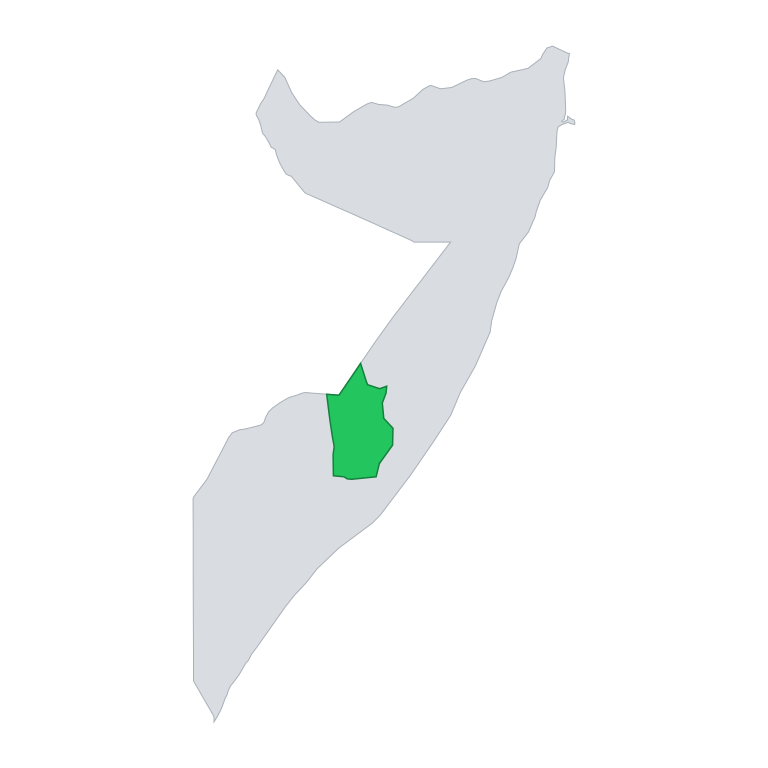 Hiiraan on a map of Somalia (Equal Earth projection)
{"feature_id": "SOM-2409", "entity_name": "Hiiraan", "entity_type": "Region", "adm_level": 1, "iso_a3": "SOM", "parent_name": "Somalia", "parent_adm1": "", "projection": "equal_earth", "projection_center": [45.352, 4.37], "detail": "fine", "context": "in_parent", "style": "filled", "palette": "green", "viewbox_px": 768, "rotation_deg": 0, "n_neighbors": 0, "source": "natural_earth", "source_scale": "10m", "svg_char_len": 2956}
<svg xmlns="http://www.w3.org/2000/svg" viewBox="0 0 768 768"><path d="M214.1,717.8L213.6,715.8L210.1,709.7L203.5,698.4L198.6,689.8L193.5,681.0L193.5,674.0L193.5,653.1L193.3,611.3L193.2,569.6L193.2,527.8L193.1,506.9L193.1,498.4L193.6,497.0L199.4,489.3L207.0,479.2L217.0,460.0L222.5,449.5L227.0,440.8L228.2,438.1L232.2,432.8L239.7,429.7L244.3,429.2L260.4,425.2L262.8,423.6L264.2,421.8L265.5,417.6L268.6,411.8L272.7,407.8L280.3,402.5L287.8,398.1L289.5,397.4L298.5,394.6L300.7,393.6L304.4,392.6L305.8,392.6L318.4,393.6L328.2,394.3L338.3,395.1L339.3,394.5L346.4,384.2L357.6,367.7L364.8,357.1L375.9,340.9L384.4,329.1L393.7,316.2L402.9,304.3L413.8,290.0L420.7,281.1L431.4,267.1L441.6,253.8L450.6,242.1L438.2,242.1L426.0,242.1L414.0,242.1L411.9,240.7L401.8,236.1L389.0,230.4L373.2,223.2L361.9,218.2L349.9,212.8L337.7,207.5L328.1,203.2L316.2,197.9L305.8,193.4L304.4,192.2L298.7,185.3L291.2,176.1L289.7,175.9L286.1,174.0L282.9,169.0L279.6,162.7L276.5,154.8L275.2,149.4L271.1,147.1L269.1,142.8L265.4,136.5L262.8,133.5L261.9,130.8L260.7,125.3L258.6,119.3L256.5,115.6L256.1,114.0L256.2,112.9L260.0,104.8L261.7,101.9L263.7,99.1L265.2,96.3L265.9,94.4L270.5,84.8L274.5,76.4L277.7,69.8L284.8,77.3L291.7,92.6L299.8,104.9L310.9,116.4L315.3,120.3L319.2,122.3L339.5,122.0L353.9,111.5L367.0,104.0L371.4,102.4L379.0,104.5L387.4,105.1L394.9,107.4L398.7,106.8L413.6,98.0L422.9,89.4L429.3,85.8L431.8,85.7L440.5,88.8L451.7,87.5L467.0,80.1L471.9,78.6L475.6,78.5L483.9,81.8L485.2,81.6L489.7,81.0L501.6,77.5L510.8,72.2L527.9,68.4L540.8,58.6L543.0,53.9L546.9,48.0L552.6,46.1L567.1,53.0L569.5,53.6L568.7,57.8L568.2,62.1L565.3,69.5L563.4,77.9L564.9,90.6L565.7,111.2L565.4,114.2L564.4,117.1L564.1,119.5L562.5,120.3L561.8,121.6L563.0,122.1L567.5,119.9L567.4,117.4L567.6,116.2L571.4,119.0L574.1,120.1L574.9,122.7L574.7,124.5L570.4,123.6L568.3,122.3L562.0,124.5L558.1,127.0L557.0,131.0L556.2,147.2L554.8,157.7L554.5,171.6L549.5,180.8L547.8,187.3L540.2,200.3L536.3,211.4L535.0,216.9L528.4,232.1L519.3,243.8L516.0,258.8L512.7,268.1L509.1,276.7L501.0,291.8L496.9,302.3L491.7,320.6L490.1,332.1L475.5,365.7L460.3,392.5L450.8,415.1L433.8,441.2L410.6,475.0L380.2,515.2L371.9,523.4L338.6,548.2L317.0,568.9L305.9,583.1L294.3,595.4L285.1,607.1L257.3,646.6L254.5,650.3L251.8,653.8L248.3,660.5L245.8,663.2L239.2,674.5L235.0,680.3L230.4,686.1L228.4,690.2L227.0,694.9L225.5,697.5L221.3,708.8L217.6,716.1L214.0,721.9L214.1,717.8Z" fill="#d9dde1" stroke="#a8b0b8" stroke-width="1"/><path d="M338.3,395.2L339.4,394.6L342.3,390.3L344.4,387.3L348.3,381.5L352.3,375.7L356.2,369.9L360.1,364.1L360.6,363.4L366.1,380.8L367.6,384.7L379.7,388.7L386.7,386.2L386.0,393.2L382.3,403.0L383.8,418.4L393.0,428.3L392.6,445.1L381.2,461.0L379.5,463.5L379.4,463.4L376.1,476.8L351.4,479.3L347.0,478.8L344.1,476.8L333.4,475.8L333.1,454.5L334.2,446.6L332.3,436.2L329.8,419.4L326.7,394.3L326.8,394.3L328.7,394.4L330.6,394.6L332.5,394.7L334.4,394.9L336.3,395.0L338.3,395.2Z" fill="#22c55e" stroke="#15803d" stroke-width="1.5"/></svg>